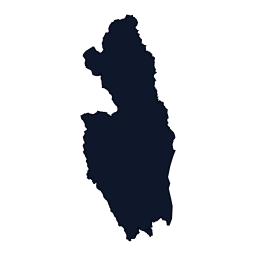 Kawkareik, Kayin, Myanmar (Natural Earth projection)
{"feature_id": "60261553B42100651402541", "entity_name": "Kawkareik", "entity_type": "district", "adm_level": 2, "iso_a3": "MMR", "parent_name": "Myanmar", "parent_adm1": "Kayin", "projection": "natural_earth1", "projection_center": [98.169, 16.039], "detail": "fine", "context": "isolated", "style": "filled", "palette": "ink", "viewbox_px": 256, "rotation_deg": 0, "n_neighbors": 0, "source": "geoboundaries", "source_scale": "gbopen_adm2", "svg_char_len": 5806}
<svg xmlns="http://www.w3.org/2000/svg" viewBox="0 0 256 256"><path d="M85.2,58.3L85.6,58.3L85.8,59.0L86.1,59.3L86.0,60.2L86.4,60.3L86.4,60.9L85.7,61.6L85.4,62.6L85.4,63.8L85.6,64.1L85.7,65.4L86.9,65.5L86.4,67.2L89.1,68.7L90.2,68.9L91.7,70.2L92.2,71.0L92.9,73.8L93.3,74.5L96.6,75.4L97.3,75.1L98.7,75.4L100.0,74.4L100.3,74.5L100.4,73.8L100.9,73.5L101.6,74.7L101.1,75.4L102.0,76.2L102.2,76.9L101.3,77.6L101.5,79.1L102.2,80.8L102.4,84.5L102.7,85.3L102.6,87.3L104.0,87.4L105.5,88.1L108.3,90.1L109.4,91.7L109.7,92.8L110.1,93.4L111.7,94.2L112.7,96.4L112.7,97.4L112.4,99.4L113.6,100.8L114.1,102.1L115.7,104.3L116.5,105.2L118.2,106.2L117.8,106.6L118.3,108.8L117.8,111.7L117.4,111.6L116.3,112.6L114.2,113.2L113.6,113.8L112.2,114.6L112.2,116.6L111.5,116.7L109.6,116.1L108.9,115.2L108.4,116.0L107.8,115.0L106.8,114.0L106.7,113.1L104.8,112.6L103.7,112.7L102.0,112.3L100.4,112.3L100.0,112.6L99.5,112.6L99.4,111.9L97.9,111.5L97.0,112.7L97.1,113.5L95.8,113.5L94.0,114.7L93.0,114.8L92.4,115.1L91.4,114.4L89.9,114.4L88.2,113.4L87.2,113.6L85.4,114.4L84.5,114.1L83.7,114.9L81.3,116.0L81.8,118.0L82.5,119.4L83.1,119.5L84.0,120.7L84.2,121.6L85.0,122.1L85.0,122.9L85.5,122.9L85.5,126.0L86.2,127.1L86.8,127.3L87.5,128.6L87.6,130.2L86.8,130.9L85.7,131.2L84.9,131.7L85.4,133.6L85.3,134.5L83.7,136.8L83.9,136.9L83.8,137.5L83.9,138.6L84.4,140.1L85.6,143.0L84.8,144.0L84.1,144.3L83.6,145.2L83.5,146.1L84.2,147.8L84.6,149.6L84.7,150.8L83.7,151.9L84.5,153.2L84.5,153.8L85.6,154.3L85.7,156.1L86.8,157.4L87.4,159.5L87.4,160.6L86.7,160.7L86.6,161.2L87.0,162.1L87.6,162.8L87.9,163.7L88.0,165.3L87.8,165.9L89.2,168.4L89.7,169.8L89.5,170.1L89.0,170.1L88.2,170.9L88.0,173.4L87.5,173.5L87.1,174.2L87.3,174.9L87.9,175.9L88.0,176.9L87.6,177.7L88.6,178.3L88.8,178.7L90.2,178.5L91.1,178.0L91.6,178.2L91.8,179.3L92.7,179.5L92.9,180.5L92.9,181.6L93.3,181.8L94.0,183.3L94.6,183.2L95.2,181.8L95.9,182.0L96.6,181.7L97.0,182.2L97.2,182.9L96.9,186.1L97.1,187.2L97.5,188.0L98.2,188.3L99.4,189.6L100.0,189.4L100.6,189.7L103.4,193.9L104.1,196.8L105.7,198.8L107.6,200.3L107.8,201.1L108.3,201.7L108.7,202.4L108.9,203.9L109.6,205.2L109.9,205.4L110.2,207.4L111.0,208.2L111.1,209.1L111.5,209.8L111.0,210.6L111.6,211.4L112.6,211.9L113.8,213.1L115.0,216.2L115.5,216.4L116.3,217.3L116.7,218.2L117.2,220.4L117.6,220.6L118.9,223.1L118.9,224.9L119.5,225.6L119.9,225.7L120.5,225.4L121.6,225.5L122.9,226.5L124.8,228.5L124.9,230.1L124.7,230.5L126.0,232.4L127.2,235.0L126.9,238.6L127.5,238.8L128.1,238.4L129.2,240.3L130.0,240.6L130.5,240.2L130.1,239.3L130.5,238.6L130.9,238.3L132.2,238.1L134.1,238.2L135.3,236.9L135.2,236.6L135.4,235.8L136.2,234.8L135.9,234.1L136.2,233.6L137.9,233.5L138.3,233.0L138.3,232.6L138.8,232.4L138.2,231.5L138.1,230.6L137.6,230.2L138.4,229.2L137.9,228.5L138.1,228.0L138.4,227.9L138.8,228.2L139.0,227.9L140.8,229.4L142.3,230.1L143.5,230.4L144.6,230.0L144.6,230.8L145.4,231.1L145.5,231.6L146.2,232.1L147.0,232.0L147.8,233.6L148.5,233.9L148.8,233.8L149.3,234.6L149.8,234.9L149.8,235.2L150.2,236.1L151.3,234.9L151.9,235.0L152.1,234.3L151.7,233.5L151.8,232.2L151.4,231.4L151.7,230.6L150.9,229.1L150.4,228.7L148.6,229.0L149.7,228.0L150.2,226.7L151.3,227.0L151.8,226.7L151.8,226.1L151.2,225.4L151.4,222.4L151.8,221.7L152.0,220.9L152.4,221.0L153.7,220.9L154.0,221.7L154.7,221.0L156.2,220.6L156.7,220.6L159.5,218.2L159.6,217.6L159.9,217.3L161.0,217.1L161.3,217.6L161.7,217.6L162.5,218.3L163.0,219.5L165.3,219.8L166.2,220.2L166.8,221.1L167.2,221.0L167.4,221.7L167.1,222.7L167.5,223.5L167.4,224.5L167.6,224.8L168.5,224.9L169.0,224.8L171.3,218.7L171.9,206.3L170.6,199.7L168.0,188.4L169.5,183.4L167.6,178.3L167.3,177.0L169.7,165.5L172.5,156.2L174.7,150.7L174.0,150.6L173.6,151.1L173.0,150.5L172.8,149.5L172.2,148.1L172.2,146.3L171.7,145.4L172.0,143.4L172.8,141.1L172.6,140.6L172.9,139.6L174.2,138.3L174.6,137.4L174.2,135.2L173.1,132.7L169.5,129.2L169.1,127.6L167.8,126.6L167.5,126.7L167.3,125.8L166.4,125.2L166.2,124.6L167.2,123.8L167.6,122.6L166.6,121.2L166.4,120.4L166.6,120.1L166.5,119.2L167.2,118.0L167.7,118.0L167.9,117.6L166.9,113.8L166.5,113.6L167.0,109.8L165.2,108.5L164.4,106.8L163.8,107.0L162.9,104.3L163.1,103.2L162.8,102.7L162.0,102.3L161.1,102.4L159.8,101.1L158.5,102.4L158.2,102.4L157.7,100.5L157.7,99.6L156.8,99.7L157.0,99.1L156.9,98.5L157.4,97.2L156.4,97.3L156.2,97.0L156.0,95.5L157.0,94.9L156.3,92.8L156.5,91.0L155.8,90.0L155.7,89.4L154.8,88.9L154.7,87.9L153.9,87.0L153.7,85.1L154.2,84.2L154.0,83.0L154.3,81.2L155.3,80.2L154.4,79.5L154.3,78.5L153.6,78.3L152.8,75.6L153.2,75.4L153.4,74.4L155.8,72.5L154.7,71.7L154.5,70.8L155.2,69.4L154.4,68.9L153.5,64.9L153.8,64.5L153.7,63.2L154.1,62.6L153.6,60.3L153.7,59.8L154.3,58.8L154.2,58.0L153.2,57.2L152.7,57.6L151.9,57.1L151.8,56.2L151.2,55.5L151.6,54.6L149.3,52.4L148.2,52.1L147.0,51.3L145.4,51.6L144.9,49.6L145.3,49.1L144.9,46.6L145.4,45.9L143.6,45.5L142.5,44.3L141.4,44.4L140.7,43.6L141.0,42.6L141.2,39.8L140.0,38.6L139.1,37.3L138.2,36.8L138.9,34.6L138.9,34.4L137.7,33.9L137.1,33.2L136.8,32.0L137.7,30.7L136.9,30.5L134.8,28.1L135.0,26.5L136.5,25.2L136.8,23.8L137.3,22.8L137.1,21.9L136.6,21.2L136.2,19.8L135.2,19.0L134.1,17.7L133.1,17.7L132.7,17.4L132.2,16.4L132.2,15.8L130.5,16.2L127.7,15.4L126.8,15.5L126.7,16.9L126.3,16.9L126.3,17.5L125.4,18.2L125.4,18.6L124.1,19.4L122.5,19.5L120.4,20.5L118.8,20.4L118.2,19.8L116.5,20.4L115.4,20.5L114.6,20.9L113.8,23.1L113.0,22.6L112.7,22.7L112.7,23.0L111.8,23.0L111.0,24.6L110.3,25.2L109.4,27.8L109.2,27.9L109.0,29.0L109.6,30.3L109.3,31.3L109.6,32.5L107.6,33.3L106.2,33.2L105.8,33.6L105.7,34.4L104.9,35.7L104.8,36.3L104.3,37.3L103.6,37.7L103.4,38.3L103.7,38.8L103.7,39.5L103.5,39.8L103.6,40.4L102.4,43.6L103.0,45.1L103.0,47.2L104.2,49.6L103.8,50.5L101.8,53.0L100.0,53.5L99.5,53.4L98.1,52.0L97.0,51.7L95.5,50.6L93.9,47.5L93.1,47.2L86.8,51.2L85.6,52.2L84.4,53.6L83.5,55.3L83.5,56.1L84.8,57.4L85.2,58.3Z" fill="#0f172a" stroke="#020617" stroke-width="1.5"/></svg>